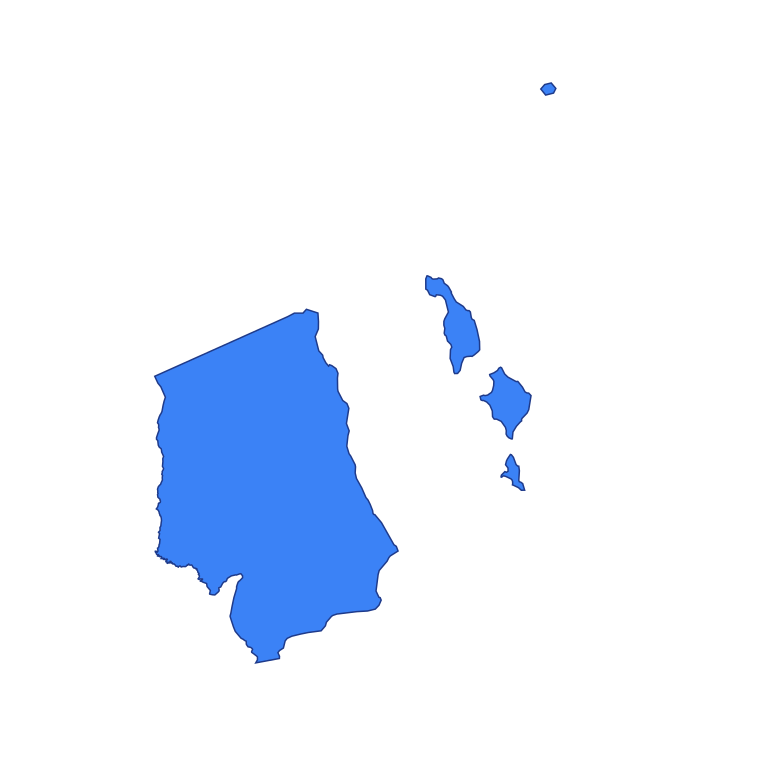 Santa Barbara, California, United States of America (Equal Earth projection), rotated 246°
{"feature_id": "52423323B51130837096991", "entity_name": "Santa Barbara", "entity_type": "district", "adm_level": 2, "iso_a3": "USA", "parent_name": "United States of America", "parent_adm1": "California", "projection": "equal_earth", "projection_center": [-120.082, 34.285], "detail": "fine", "context": "isolated", "style": "filled", "palette": "blue", "viewbox_px": 768, "rotation_deg": 246, "n_neighbors": 0, "source": "geoboundaries", "source_scale": "gbopen_adm2", "svg_char_len": 6175}
<svg xmlns="http://www.w3.org/2000/svg" viewBox="0 0 768 768"><g transform="rotate(246 384 384)"><path d="M181.4,153.4L175.8,176.8L177.8,177.8L181.7,177.8L183.0,180.1L183.7,184.7L189.5,189.2L191.0,192.1L191.1,197.2L189.5,206.0L187.8,213.7L184.1,226.2L186.9,232.1L189.8,234.5L193.1,241.5L193.4,243.2L193.0,247.4L187.1,266.6L183.3,276.7L181.9,284.5L183.9,289.4L187.7,293.5L190.4,293.6L191.3,292.6L198.1,292.5L212.3,301.1L215.6,303.8L220.9,314.8L223.4,317.8L224.4,319.8L225.7,328.9L230.7,329.2L233.1,327.7L258.4,325.3L268.4,322.5L269.0,321.6L270.1,321.3L273.1,322.1L279.5,322.4L284.4,322.2L287.6,321.3L298.1,321.4L308.8,320.4L314.5,321.5L319.9,324.3L322.0,324.8L331.6,324.3L334.6,323.7L342.3,324.7L351.4,330.0L355.3,333.1L363.2,333.6L376.1,342.0L381.2,342.2L385.7,339.6L396.0,339.0L398.3,339.6L408.4,343.9L412.5,346.3L417.6,346.4L422.0,343.8L423.7,342.1L422.9,340.7L427.0,339.5L432.8,339.1L435.3,339.7L440.8,337.9L455.3,340.4L460.9,346.4L467.6,349.5L475.7,352.5L483.8,343.5L481.7,338.8L485.2,330.9L484.7,323.5L484.3,177.7L476.7,177.8L472.2,179.0L460.8,178.9L457.7,176.1L454.3,173.5L449.2,170.0L447.7,168.3L446.9,167.0L445.4,165.3L442.9,163.0L440.7,161.3L439.0,161.7L437.5,161.2L436.0,160.3L435.0,160.3L433.3,159.8L431.2,157.7L427.6,154.4L426.1,153.7L424.3,154.3L419.9,152.9L417.7,153.0L415.5,154.1L413.3,153.6L412.4,153.2L407.5,153.2L405.7,151.5L403.1,150.5L398.9,148.1L396.6,148.3L395.8,147.8L394.3,145.8L392.9,145.2L392.0,144.3L390.6,144.5L388.6,143.3L386.4,142.5L384.1,139.9L383.2,139.1L382.8,137.7L381.9,136.0L380.0,134.3L378.3,133.9L376.8,133.1L376.0,133.1L375.2,132.2L373.2,131.6L372.5,131.4L369.7,132.5L368.9,132.1L368.0,132.2L366.9,131.5L366.6,130.2L366.8,129.7L366.4,129.2L365.6,128.8L363.9,127.4L363.1,126.3L362.5,125.2L360.8,126.3L360.1,126.4L358.8,126.5L357.1,126.1L355.4,126.1L354.9,125.8L354.1,126.3L352.1,126.0L349.7,125.2L348.2,124.2L345.1,122.4L344.1,121.0L341.2,119.8L340.3,117.7L338.6,118.1L334.8,115.4L333.2,116.2L329.2,113.9L329.0,113.4L326.9,112.1L326.2,111.0L326.1,110.3L323.6,109.7L323.1,109.3L322.7,108.6L323.4,108.3L324.1,107.6L324.2,107.0L323.4,106.8L322.6,107.1L321.1,107.0L320.4,107.3L320.1,107.8L320.1,108.3L319.7,108.5L319.4,108.1L319.4,107.6L319.0,107.2L318.5,107.7L318.7,108.2L318.5,108.8L318.1,108.9L317.6,108.8L317.2,109.3L317.3,109.7L316.9,110.4L316.1,110.5L315.5,109.9L315.2,109.4L314.9,110.0L314.5,110.4L314.3,111.0L314.6,111.4L314.3,112.1L313.8,112.4L313.5,112.1L313.2,111.7L312.4,113.3L312.5,114.1L312.4,114.5L311.9,114.7L311.5,114.3L311.8,113.3L311.4,113.1L311.1,113.2L310.5,112.5L310.1,112.6L309.8,113.3L309.4,113.5L308.7,113.0L308.2,113.4L308.4,114.1L308.8,114.5L308.7,114.7L307.9,114.9L307.8,115.4L307.8,115.8L308.3,116.0L308.5,115.9L309.0,116.3L308.9,116.7L308.5,117.2L307.9,117.1L307.0,116.8L306.7,117.3L306.8,117.5L306.7,117.8L305.9,117.6L305.3,118.1L305.3,118.6L305.2,118.9L303.6,119.6L302.1,119.9L301.4,121.3L300.9,121.5L300.7,121.4L300.4,121.7L300.7,122.0L300.9,123.4L300.5,123.9L299.3,124.3L299.0,126.3L298.4,127.3L297.9,128.5L298.2,129.7L298.5,130.1L298.6,130.5L298.4,130.6L298.3,130.9L298.4,131.2L298.7,131.5L298.9,132.4L298.1,132.5L297.4,133.1L296.9,134.7L296.3,134.9L294.1,135.1L293.1,135.6L292.6,136.6L291.5,137.0L291.5,137.3L291.6,137.6L290.9,137.9L290.2,137.4L289.1,137.7L287.5,137.4L286.4,137.9L286.0,137.8L286.0,137.5L285.5,137.0L284.1,137.4L283.5,137.2L282.7,136.6L281.6,134.9L280.9,135.3L280.7,136.0L280.5,137.2L279.7,138.8L279.2,138.6L278.9,137.9L278.8,136.8L279.0,136.4L278.9,136.0L278.7,136.0L278.3,136.4L278.0,137.0L276.6,138.0L273.9,140.8L270.9,140.0L266.0,141.4L263.2,139.3L262.8,139.4L261.2,141.6L260.1,143.7L261.3,147.6L262.0,149.1L263.0,149.7L263.5,149.6L265.0,150.2L265.0,152.3L267.6,155.6L268.4,157.7L267.9,158.9L268.3,160.1L269.7,161.3L270.3,162.6L270.8,166.6L269.9,171.0L269.5,171.5L269.2,175.5L268.7,176.2L268.1,176.2L266.5,176.8L264.5,176.0L262.8,171.7L262.8,170.9L262.0,169.8L260.2,168.1L258.8,166.9L257.0,166.1L249.9,160.0L242.7,154.8L236.8,150.8L235.0,149.3L234.3,148.9L233.0,148.7L223.6,147.7L218.5,147.5L209.9,150.0L207.8,151.7L206.6,152.2L205.1,153.5L202.3,152.4L201.8,152.4L199.2,152.9L197.6,155.1L196.0,155.9L195.0,156.0L193.5,154.3L192.7,154.0L187.5,156.9L186.2,157.4L183.5,156.2L181.4,153.4ZM364.8,452.8L363.7,455.5L365.5,459.1L371.4,463.4L375.6,467.9L375.4,470.8L374.0,474.8L373.4,475.7L373.9,478.4L375.4,483.5L376.3,485.3L384.1,488.6L395.9,491.1L405.4,492.3L407.4,490.8L409.3,490.8L414.7,492.2L416.4,491.6L417.0,490.3L418.3,489.0L422.6,488.0L429.5,483.4L433.3,482.8L440.0,482.4L440.5,483.0L446.1,482.5L447.8,482.1L451.5,480.0L455.3,480.2L456.8,479.4L458.7,476.9L458.4,475.4L459.8,471.6L460.7,470.7L462.3,470.3L465.0,467.9L465.3,467.2L463.0,464.9L453.7,460.8L452.0,461.9L447.0,462.1L443.0,466.2L443.1,466.9L444.2,468.1L442.2,471.6L440.4,473.2L435.8,474.3L423.5,472.1L418.9,466.1L416.9,464.2L413.4,462.6L410.1,462.2L406.0,459.7L404.0,459.5L403.4,460.1L402.2,460.3L397.4,459.5L392.9,461.2L390.1,460.9L388.3,458.7L380.4,454.8L371.8,454.3L366.4,452.7L364.8,452.8ZM282.0,478.0L281.7,478.9L287.7,482.3L291.6,487.9L293.9,493.1L294.3,494.7L295.8,495.3L296.5,496.2L299.2,502.8L301.7,505.8L313.6,513.6L316.8,512.5L317.8,510.8L319.5,509.6L324.8,509.2L331.9,507.3L332.1,506.9L332.2,506.3L332.6,505.6L339.9,500.0L344.1,498.3L351.0,498.0L351.9,497.3L351.7,495.3L350.2,493.2L349.5,488.9L349.7,484.4L348.3,484.1L343.4,485.5L341.6,485.4L337.9,483.5L334.0,480.5L332.6,478.7L332.0,475.4L331.7,474.2L332.3,471.6L333.3,470.4L333.5,466.7L330.5,466.1L329.8,466.2L328.8,467.3L328.5,468.2L325.8,470.5L321.6,472.1L315.4,472.0L310.1,469.9L309.0,470.0L307.1,470.4L306.1,472.6L302.2,475.9L295.0,477.3L291.8,476.8L288.6,475.2L286.4,475.3L284.2,476.1L282.0,478.0ZM231.1,466.2L229.8,469.3L236.6,470.2L238.7,469.0L239.6,467.9L241.1,467.9L249.7,472.4L254.1,473.7L254.7,472.7L256.7,471.9L264.4,472.4L267.5,471.6L268.2,470.8L265.4,466.4L263.9,464.6L260.8,462.2L256.9,463.1L253.9,461.9L253.5,460.0L254.8,458.8L253.0,454.2L251.5,453.1L251.0,453.6L251.4,454.8L251.4,456.0L250.0,457.7L245.8,461.3L244.4,461.9L242.6,461.8L240.6,461.0L239.6,460.3L238.7,461.2L234.6,464.7L231.1,466.2ZM582.2,649.2L580.8,657.2L584.1,661.2L591.0,659.2L592.2,652.6L589.7,647.2L582.2,649.2Z" fill="#3b82f6" stroke="#1e3a8a" stroke-width="1.5"/></g></svg>